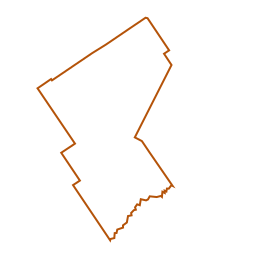 Harding, New Mexico, United States of America (Robinson projection), rotated 236°
{"feature_id": "52423323B19647593546846", "entity_name": "Harding", "entity_type": "district", "adm_level": 2, "iso_a3": "USA", "parent_name": "United States of America", "parent_adm1": "New Mexico", "projection": "robinson", "projection_center": [-104.115, 35.804], "detail": "fine", "context": "isolated", "style": "outline", "palette": "amber", "viewbox_px": 256, "rotation_deg": 236, "n_neighbors": 0, "source": "geoboundaries", "source_scale": "gbopen_adm2", "svg_char_len": 719}
<svg xmlns="http://www.w3.org/2000/svg" viewBox="0 0 256 256"><g transform="rotate(236 128 128)"><path d="M111.4,50.5L44.9,50.4L45.8,51.4L44.4,55.1L48.3,58.2L47.4,59.8L49.8,62.3L48.2,68.2L50.1,69.4L50.3,74.2L55.0,78.8L53.6,82.1L55.8,83.1L56.6,86.9L55.9,88.8L58.3,89.5L59.6,92.9L57.4,94.6L61.8,98.8L57.9,102.5L57.6,104.6L59.2,107.8L54.7,113.2L53.3,117.2L51.9,117.6L55.9,120.9L53.6,122.1L55.6,123.3L53.9,124.3L56.0,126.4L54.9,127.9L56.3,131.9L55.1,132.6L96.0,132.2L109.4,132.2L116.4,128.4L155.9,199.3L169.4,199.4L169.4,205.5L208.1,205.6L209.6,204.2L209.6,185.9L209.5,156.4L210.1,140.1L210.0,91.6L211.6,91.6L211.5,75.2L144.7,75.3L144.8,58.8L111.3,58.7L111.4,50.5Z" fill="none" stroke="#b45309" stroke-width="2"/></g></svg>